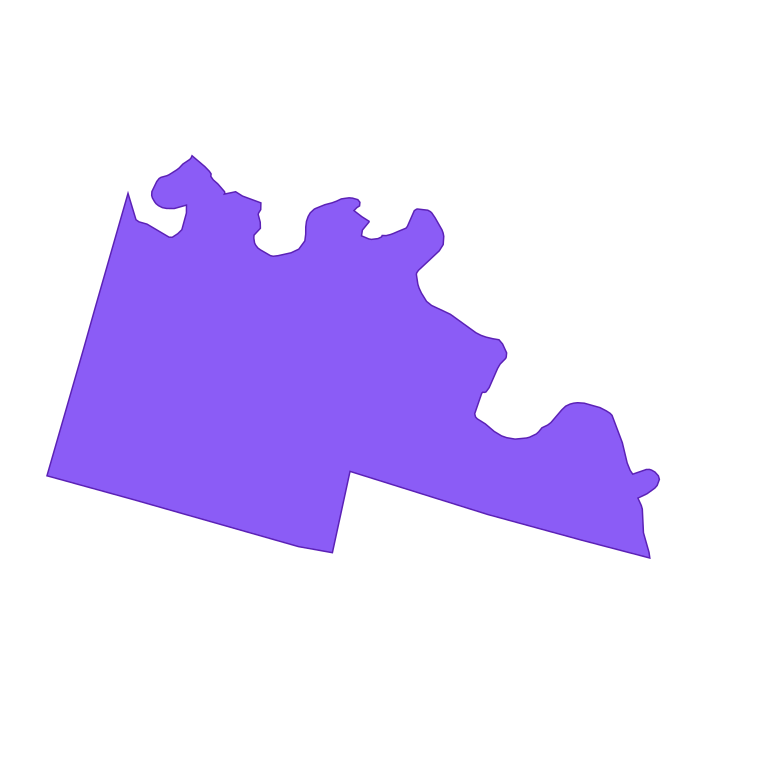 outline of Crittenden, Arkansas, United States of America, rotated 285°
{"feature_id": "52423323B83994293092269", "entity_name": "Crittenden", "entity_type": "district", "adm_level": 2, "iso_a3": "USA", "parent_name": "United States of America", "parent_adm1": "Arkansas", "projection": "mercator", "projection_center": [-90.188, 35.137], "detail": "fine", "context": "isolated", "style": "filled", "palette": "violet", "viewbox_px": 768, "rotation_deg": 285, "n_neighbors": 0, "source": "geoboundaries", "source_scale": "gbopen_adm2", "svg_char_len": 2435}
<svg xmlns="http://www.w3.org/2000/svg" viewBox="0 0 768 768"><g transform="rotate(285 384 384)"><path d="M207.7,377.8L290.8,373.8L284.8,518.2L284.3,615.5L284.7,685.8L289.9,683.6L307.5,673.1L330.0,665.9L333.2,664.0L339.5,658.8L346.1,666.5L353.6,672.6L356.7,674.1L363.1,674.7L366.3,672.8L369.1,668.5L370.1,664.7L370.2,662.6L369.3,659.4L368.7,658.6L361.3,647.6L364.2,644.2L370.7,639.3L389.0,629.4L412.7,612.4L414.2,610.0L415.6,605.6L417.1,598.8L417.3,582.4L416.0,575.8L414.6,572.2L412.8,569.0L409.6,565.2L405.0,562.4L389.9,555.2L386.7,552.7L382.6,547.9L377.9,545.8L375.2,544.1L370.3,538.4L368.7,535.6L364.7,524.9L363.9,516.4L364.3,511.0L366.7,502.7L371.7,492.2L374.5,483.1L375.8,481.0L376.8,480.4L378.8,479.3L400.4,480.8L401.6,481.5L402.0,483.5L402.8,484.6L407.6,486.5L428.5,489.7L433.3,491.0L440.2,494.9L441.7,495.1L445.8,494.4L453.3,488.2L456.5,483.6L455.9,477.4L455.7,470.4L456.1,465.1L457.3,459.5L468.5,430.1L472.2,409.6L474.8,403.7L475.2,403.3L481.5,396.6L485.8,393.0L489.1,390.9L498.2,386.9L499.8,386.8L502.8,387.9L526.9,402.9L534.0,405.1L542.1,403.5L545.2,402.0L547.9,400.1L557.8,390.3L561.6,385.9L562.5,384.2L563.2,381.3L561.7,371.0L561.3,370.2L559.3,368.4L542.3,365.8L540.2,364.9L537.3,361.1L534.7,357.7L531.9,354.2L530.0,351.5L527.9,347.7L527.0,343.8L525.5,343.6L522.9,340.6L520.4,334.4L520.2,331.8L521.3,323.9L527.1,323.3L536.6,327.6L537.3,327.5L539.9,319.2L543.7,310.1L547.3,312.1L549.7,314.3L553.3,313.7L555.3,311.0L555.4,305.5L554.8,302.1L553.2,298.2L551.7,294.8L548.3,290.8L545.6,287.0L541.9,280.5L536.1,272.8L534.9,271.4L530.3,268.5L526.3,267.4L521.1,267.0L515.3,267.8L508.4,269.6L501.7,270.5L492.2,266.8L486.7,260.3L480.5,248.4L478.7,243.9L478.6,241.0L481.6,229.9L482.7,227.0L484.8,224.2L486.7,222.5L491.2,220.5L494.1,219.9L502.4,224.3L508.2,222.6L515.2,218.6L516.7,218.6L520.5,219.8L527.1,218.2L528.9,198.7L531.3,190.9L526.1,180.6L527.3,180.8L528.5,180.2L534.2,171.8L537.0,166.2L539.7,163.0L542.2,162.6L544.3,160.2L547.6,154.7L554.8,139.5L552.3,139.1L550.7,138.3L544.4,132.8L539.7,130.3L537.2,128.4L530.5,122.2L529.0,120.4L525.9,115.1L524.3,113.6L520.8,112.1L509.8,110.0L506.0,110.8L503.7,112.2L500.7,115.2L499.2,117.1L497.9,120.0L497.0,124.2L497.3,128.6L499.2,136.0L505.7,146.9L498.0,148.9L480.7,148.8L475.8,145.9L470.9,141.5L470.2,138.4L477.1,113.7L477.2,105.4L478.5,101.9L501.9,87.4L382.9,85.3L339.1,84.7L208.1,82.2L207.5,169.5L204.8,343.5L207.7,377.8Z" fill="#8b5cf6" stroke="#5b21b6" stroke-width="1.5"/></g></svg>